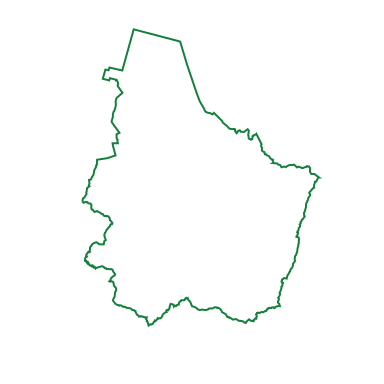 Nyabihu, Western, Rwanda, rotated 17°
{"feature_id": "39286606B61881490568352", "entity_name": "Nyabihu", "entity_type": "district", "adm_level": 2, "iso_a3": "RWA", "parent_name": "Rwanda", "parent_adm1": "Western", "projection": "robinson", "projection_center": [29.504, -1.642], "detail": "fine", "context": "isolated", "style": "outline", "palette": "green", "viewbox_px": 384, "rotation_deg": 17, "n_neighbors": 0, "source": "geoboundaries", "source_scale": "gbopen_adm2", "svg_char_len": 6091}
<svg xmlns="http://www.w3.org/2000/svg" viewBox="0 0 384 384"><g transform="rotate(17 192 192)"><path d="M122.7,292.5L127.8,289.2L129.6,289.5L130.7,290.4L132.0,290.0L133.0,290.7L134.1,290.1L136.2,289.9L137.3,289.3L138.6,289.5L139.8,291.0L142.4,293.0L142.5,294.2L141.2,295.7L139.7,298.3L139.7,300.0L139.1,301.6L140.4,301.5L141.1,300.9L142.8,301.0L144.0,302.6L144.5,304.1L146.0,305.3L146.7,305.4L148.0,307.2L148.2,309.0L147.7,310.4L148.6,314.6L148.0,317.9L148.2,319.0L151.6,321.4L153.8,321.8L154.4,321.6L155.5,322.1L156.1,321.4L157.5,321.2L159.6,322.0L160.5,321.4L161.7,321.7L162.1,321.4L163.2,321.9L166.4,321.3L167.7,321.4L169.3,322.3L171.4,322.0L172.0,322.5L172.7,322.4L172.8,323.0L173.5,323.6L175.2,325.4L176.5,325.7L177.8,326.7L179.0,325.8L179.5,326.1L179.8,325.6L182.0,325.7L182.3,325.4L183.5,325.8L184.2,325.4L184.6,325.8L185.3,325.3L185.4,327.1L186.4,327.9L186.5,328.9L187.5,329.2L189.5,332.4L190.7,330.8L191.2,330.5L191.7,330.7L193.1,329.5L193.5,327.2L194.4,326.6L194.2,325.8L194.9,325.9L195.3,325.5L196.1,322.6L197.0,323.0L197.8,322.2L198.7,322.1L199.5,321.0L200.0,317.4L202.1,314.5L202.8,314.2L202.2,313.3L202.5,312.9L202.3,312.4L203.5,311.5L203.9,311.8L204.1,311.4L204.5,309.6L204.2,308.7L204.2,305.4L204.8,305.5L205.7,305.0L207.1,305.2L208.0,306.6L208.2,305.7L208.9,305.6L209.5,306.1L210.3,305.7L210.5,304.7L211.4,303.8L212.3,303.6L212.0,301.1L213.1,299.9L212.9,299.1L214.1,298.3L216.0,298.0L216.5,297.5L216.7,296.0L217.4,294.9L218.3,295.4L219.0,294.7L220.0,296.2L222.3,297.5L225.5,301.3L227.8,301.1L230.1,301.6L231.7,302.5L233.9,302.7L235.9,301.5L240.0,300.8L241.9,299.4L241.9,298.9L242.9,298.1L245.5,297.5L247.4,295.6L249.4,295.1L250.0,295.6L251.0,295.1L253.0,295.5L255.4,297.4L255.9,298.2L259.9,298.9L262.3,301.2L262.7,300.8L263.2,301.1L263.9,300.8L264.7,301.5L265.3,301.1L268.4,302.1L270.8,300.8L272.3,300.8L274.2,301.5L278.3,300.7L280.1,301.5L280.6,301.3L281.5,301.6L281.9,301.3L282.1,299.9L283.8,297.1L286.3,298.0L287.2,297.6L288.6,297.7L288.8,297.4L288.3,296.7L289.1,295.8L289.0,295.1L289.6,294.3L290.5,294.3L290.2,293.1L290.3,291.7L289.1,290.5L289.4,288.7L289.8,288.4L290.3,288.6L290.7,288.0L292.0,288.0L293.7,286.3L295.3,286.2L296.5,284.6L297.8,284.0L298.1,281.9L298.6,281.9L298.8,281.0L299.6,280.7L299.7,280.2L301.6,280.0L301.9,279.2L303.3,278.5L304.1,279.0L304.9,278.9L305.4,277.4L307.5,276.0L309.4,275.5L308.1,273.4L306.6,272.7L306.2,271.5L306.5,271.0L306.4,268.7L305.3,267.8L305.9,266.5L306.1,264.5L306.1,263.9L305.2,262.8L305.7,260.5L305.5,259.7L305.7,257.9L305.2,256.6L305.6,256.3L305.7,254.7L305.3,253.5L305.7,252.8L305.6,252.3L304.0,251.9L303.7,251.2L304.0,250.7L303.7,249.4L304.5,248.7L305.1,247.4L307.9,247.1L307.6,243.9L308.2,242.6L308.6,239.8L309.1,239.3L308.8,237.7L309.8,235.3L310.1,232.6L309.6,231.1L310.6,228.4L310.6,227.5L309.8,226.3L309.3,223.2L310.0,221.6L309.8,219.9L310.2,219.1L309.4,215.0L309.3,211.6L308.9,210.9L309.1,209.4L308.4,207.7L308.3,206.0L307.1,204.2L305.0,204.4L304.9,203.4L305.4,202.5L305.4,200.4L305.3,199.8L304.4,199.8L304.4,198.7L305.0,197.3L304.6,195.1L305.4,193.6L305.3,192.6L304.4,191.5L305.1,190.3L304.6,188.9L305.2,188.0L305.2,186.4L305.8,185.9L306.9,182.3L306.1,181.7L305.2,179.1L305.5,178.4L305.4,173.1L304.7,170.9L304.6,168.8L305.1,167.7L304.8,166.6L305.3,165.5L304.9,163.6L305.9,160.9L305.5,159.6L304.5,158.8L304.3,158.2L306.7,152.9L307.4,152.4L306.7,149.8L306.8,147.5L306.5,146.3L307.8,145.7L308.4,141.3L309.3,141.0L303.7,139.0L300.7,139.9L298.9,138.1L297.9,134.6L296.4,133.4L296.1,133.8L294.4,133.6L293.9,134.7L293.1,135.0L290.7,136.9L286.6,136.6L285.3,137.8L281.9,136.1L281.1,136.2L280.6,136.8L279.4,136.9L276.9,138.0L275.2,139.7L274.7,140.7L272.8,140.7L270.3,142.2L268.6,140.5L266.5,140.6L265.3,139.8L260.9,140.7L261.2,140.4L260.7,138.9L259.7,138.2L260.0,137.6L257.0,136.9L255.4,135.3L252.2,134.8L251.8,134.3L250.6,134.6L249.6,132.7L247.4,132.4L246.7,131.9L246.0,129.2L244.9,128.3L244.4,127.2L244.6,126.0L236.7,117.8L236.6,118.5L235.9,118.4L234.6,119.6L234.1,121.0L233.8,120.5L233.6,120.8L234.2,123.9L233.1,124.7L232.8,124.3L231.2,124.5L230.3,123.7L229.6,121.7L229.1,121.2L228.5,116.9L226.9,115.7L224.1,119.4L221.0,120.1L219.6,119.0L219.2,119.2L217.9,120.6L218.1,121.1L217.5,122.7L215.4,121.2L215.0,119.7L214.4,119.2L212.8,119.9L209.6,120.5L208.2,120.0L206.9,119.0L201.1,116.6L200.1,115.3L189.8,109.9L189.0,111.7L186.3,111.3L183.8,111.6L181.7,111.3L179.9,109.9L179.5,109.1L173.0,103.1L167.8,96.4L150.0,71.6L136.7,51.6L88.7,53.5L89.8,96.2L76.7,97.1L76.6,100.0L73.4,100.3L73.6,109.8L80.2,109.5L80.3,107.1L86.3,106.9L86.6,107.4L87.1,106.8L88.8,108.5L89.5,109.8L90.0,112.4L96.5,117.5L92.6,123.7L92.3,125.5L92.5,127.8L93.6,130.6L94.0,133.1L94.0,137.4L93.6,137.9L93.5,140.3L94.4,143.4L94.4,147.6L94.6,148.3L96.0,149.6L105.3,156.6L103.0,158.9L104.0,162.0L104.5,163.1L105.6,163.8L105.7,165.0L106.8,167.1L101.8,168.6L103.2,171.4L108.2,179.4L101.1,184.4L91.8,188.9L93.0,193.5L93.0,194.2L92.5,194.6L92.9,196.1L92.1,200.5L92.5,201.2L92.7,204.7L92.1,206.3L91.6,209.7L90.0,210.5L91.5,214.0L91.4,215.9L92.3,216.4L90.5,219.0L91.1,222.3L91.0,223.4L91.7,224.7L90.6,229.0L89.6,229.9L89.7,231.8L90.5,233.5L91.5,234.0L93.5,232.4L95.0,232.3L95.2,232.9L96.9,233.1L98.3,232.7L99.6,233.7L100.2,236.5L101.2,238.1L102.2,237.9L104.5,239.6L107.0,237.9L108.0,238.4L110.4,238.6L111.8,239.4L113.2,239.2L114.4,240.3L115.4,240.6L117.0,239.9L117.3,240.2L118.3,239.7L119.4,239.9L120.7,240.8L121.9,243.1L123.1,243.5L125.0,245.0L124.8,246.4L123.8,246.6L123.3,247.9L123.5,249.1L122.6,250.0L122.0,252.2L121.5,252.7L121.0,256.1L120.7,256.4L120.6,258.1L121.3,260.0L123.6,263.2L122.5,264.7L122.9,267.9L118.3,269.2L117.6,268.6L115.1,268.0L112.4,270.3L111.6,271.5L111.6,272.9L111.1,273.4L110.7,275.3L111.2,276.3L111.3,278.0L111.8,279.1L110.6,279.4L110.7,280.0L110.1,280.2L109.2,283.2L110.4,284.4L110.2,285.0L109.5,285.2L109.2,286.5L109.7,289.1L110.5,289.3L110.6,288.7L111.0,288.6L111.3,289.5L112.5,290.5L112.6,289.5L112.9,289.4L113.4,289.7L114.0,291.3L114.9,291.6L115.0,291.3L116.2,292.3L117.3,291.7L118.0,292.3L118.2,291.3L119.4,291.6L120.1,292.9L120.7,292.5L121.3,292.9L121.6,292.5L122.3,293.3L122.7,292.5Z" fill="none" stroke="#15803d" stroke-width="2"/></g></svg>